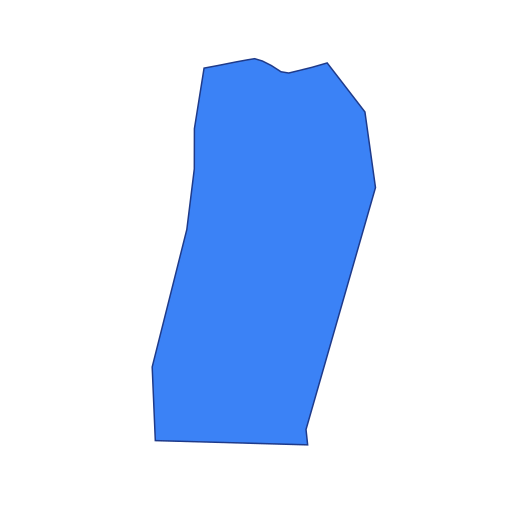 outline of San Pablo La Laguna, Sololá, Guatemala, rotated 196°
{"feature_id": "79465075B65058222740389", "entity_name": "San Pablo La Laguna", "entity_type": "district", "adm_level": 2, "iso_a3": "GTM", "parent_name": "Guatemala", "parent_adm1": "Sololá", "projection": "robinson", "projection_center": [-91.277, 14.73], "detail": "fine", "context": "isolated", "style": "filled", "palette": "blue", "viewbox_px": 512, "rotation_deg": 196, "n_neighbors": 0, "source": "geoboundaries", "source_scale": "gbopen_adm2", "svg_char_len": 433}
<svg xmlns="http://www.w3.org/2000/svg" viewBox="0 0 512 512"><g transform="rotate(196 256 256)"><path d="M357.7,422.3L350.3,361.4L339.3,322.7L329.8,262.4L325.2,120.7L301.9,50.8L154.3,88.7L160.1,103.0L160.0,354.7L191.0,424.5L240.8,461.2L254.2,452.8L269.2,444.2L275.0,440.9L282.8,440.0L293.7,443.3L303.6,445.2L311.7,445.3L318.3,442.2L328.6,437.1L345.5,428.4L357.7,422.3Z" fill="#3b82f6" stroke="#1e3a8a" stroke-width="1.5"/></g></svg>